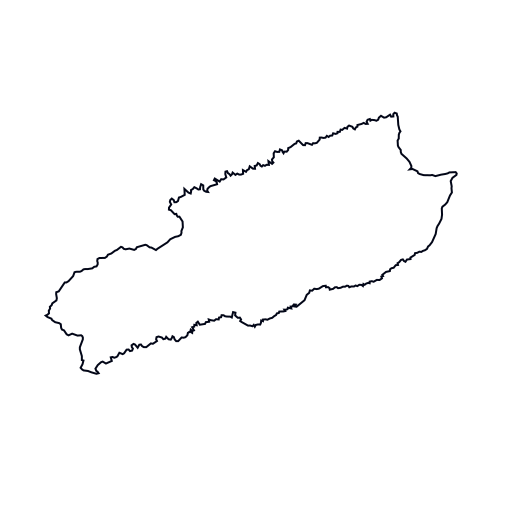 Tiros, Minas Gerais, Brazil (Robinson projection), rotated 229°
{"feature_id": "56859067B17885968557044", "entity_name": "Tiros", "entity_type": "district", "adm_level": 2, "iso_a3": "BRA", "parent_name": "Brazil", "parent_adm1": "Minas Gerais", "projection": "robinson", "projection_center": [-45.811, -18.837], "detail": "fine", "context": "isolated", "style": "outline", "palette": "ink", "viewbox_px": 512, "rotation_deg": 229, "n_neighbors": 0, "source": "geoboundaries", "source_scale": "gbopen_adm2", "svg_char_len": 6102}
<svg xmlns="http://www.w3.org/2000/svg" viewBox="0 0 512 512"><g transform="rotate(229 256 256)"><path d="M149.2,389.7L150.3,392.1L150.2,394.0L151.0,398.0L154.7,406.0L158.5,410.6L159.5,412.6L160.3,415.4L162.3,420.3L165.1,423.5L170.0,427.4L170.9,429.0L170.7,432.5L171.1,435.6L174.4,442.1L175.4,445.5L178.9,448.0L180.2,449.4L184.8,452.1L186.1,455.6L185.7,460.4L186.6,461.6L188.3,461.7L192.2,456.8L192.6,454.9L193.7,452.7L196.0,449.0L198.6,443.8L201.6,442.1L202.5,440.6L207.0,435.6L210.5,433.3L212.2,432.7L214.0,433.4L219.0,431.2L220.5,428.9L220.7,431.1L222.0,432.3L226.3,433.6L230.7,433.7L237.7,432.8L239.5,433.5L241.1,434.8L244.6,435.0L246.2,435.5L250.2,438.6L251.0,440.8L253.9,443.4L254.9,445.1L255.3,446.8L257.4,447.2L261.6,449.4L268.2,454.4L269.6,454.7L271.2,455.7L273.2,454.6L273.0,452.7L271.2,451.2L272.5,449.4L274.7,449.9L275.3,445.2L276.4,443.4L279.8,442.3L279.8,439.5L278.7,437.6L279.1,435.6L280.8,434.6L282.8,432.7L283.1,431.1L284.7,431.8L285.6,429.6L284.8,427.6L282.5,427.0L283.7,425.4L285.8,424.6L286.4,422.3L288.3,418.5L287.1,417.4L287.5,415.6L286.7,413.7L288.4,413.1L290.3,413.5L293.4,411.8L293.5,409.8L292.4,408.3L294.6,406.9L294.6,403.8L295.9,402.8L294.7,400.7L296.2,399.0L295.2,398.0L295.9,396.2L298.0,394.7L296.9,392.6L298.2,390.8L298.2,388.9L300.2,388.3L299.7,386.1L300.8,384.4L302.6,383.0L303.5,381.8L302.1,380.4L301.5,376.1L302.5,374.2L303.7,373.1L303.2,371.2L307.4,368.9L308.6,367.5L307.5,365.7L308.8,364.3L315.0,363.9L315.6,362.0L314.6,360.2L315.3,358.7L315.5,353.5L316.3,351.1L314.9,349.8L314.6,347.6L316.2,345.9L315.5,344.2L317.2,344.4L318.7,345.0L320.7,344.0L319.3,341.9L320.7,340.2L322.6,339.1L321.9,336.7L318.8,334.2L318.4,331.4L316.9,330.4L315.1,330.4L315.0,328.6L319.4,327.6L316.3,325.5L317.9,323.8L318.2,321.9L319.9,321.0L319.7,319.1L321.2,318.6L322.9,319.0L324.9,318.4L323.9,315.9L324.8,314.1L322.5,312.5L323.9,311.0L327.8,310.1L326.2,307.5L326.7,305.5L326.1,303.7L329.4,302.5L326.5,300.2L327.3,298.1L328.5,296.7L330.5,295.9L330.7,293.7L334.3,293.1L333.4,291.5L333.3,289.5L335.1,289.7L337.0,289.2L339.0,289.8L339.7,288.3L338.0,286.6L334.8,285.1L335.1,281.7L336.8,280.1L336.0,277.4L341.5,275.7L340.8,274.0L339.1,274.7L337.4,274.7L335.7,273.7L338.6,267.4L338.7,265.6L338.5,263.5L337.4,262.1L335.8,261.8L337.2,260.5L339.2,259.7L340.8,259.9L343.9,262.5L346.2,261.7L344.5,258.9L343.1,257.5L344.0,256.1L346.0,255.6L348.4,254.6L348.0,252.2L348.4,250.2L347.1,249.2L346.0,247.7L348.2,246.6L353.6,246.0L348.9,242.3L349.9,238.0L350.7,236.2L348.7,233.2L348.9,231.2L350.1,229.7L352.1,230.6L354.6,230.1L354.5,228.1L353.4,226.5L350.5,225.8L349.6,222.1L348.1,220.7L346.4,221.8L341.0,222.0L340.1,223.5L338.5,222.8L337.0,222.7L335.9,224.0L330.2,223.2L325.6,219.6L323.8,216.1L322.4,215.0L321.3,213.2L321.9,210.4L323.5,207.5L324.9,202.3L324.4,198.1L326.1,186.4L326.1,184.4L331.0,182.6L332.3,181.4L335.9,180.6L337.1,179.8L340.8,171.8L340.1,170.0L340.5,168.1L344.7,165.3L346.6,162.0L348.2,160.9L350.1,160.9L351.5,160.1L351.8,155.0L352.5,153.0L352.8,148.5L354.1,145.1L353.4,143.0L353.7,140.7L357.2,136.5L357.7,134.4L356.4,132.9L354.7,132.1L353.5,130.9L352.8,128.8L354.0,126.8L354.1,124.3L356.6,120.3L358.3,118.4L359.1,117.0L359.1,114.5L359.6,112.9L362.1,109.9L362.8,108.4L360.8,104.8L360.0,98.0L360.4,95.6L361.5,94.3L358.7,83.9L359.7,81.5L358.4,80.2L354.8,78.0L353.4,76.2L353.9,71.2L352.9,69.4L352.9,67.1L351.4,66.1L350.7,63.8L348.5,62.1L348.5,60.0L349.0,58.2L346.7,58.6L342.9,60.5L341.4,60.1L337.8,61.0L334.5,63.4L332.6,63.9L329.6,61.8L327.8,61.3L325.8,62.3L321.1,61.7L319.1,62.5L318.0,66.3L313.0,69.1L310.9,72.0L309.5,72.3L308.0,71.8L306.7,70.6L302.7,63.2L301.1,61.8L294.7,58.9L291.7,56.3L290.3,57.2L288.1,54.0L286.7,50.3L284.6,50.3L282.8,50.8L279.4,53.8L276.3,55.4L271.8,58.3L270.8,60.3L272.6,60.5L274.0,60.1L276.3,60.9L277.5,65.0L277.5,69.4L276.9,71.0L273.3,72.2L271.4,78.3L274.8,79.9L273.9,81.5L272.2,82.3L271.5,83.9L271.2,85.5L272.6,89.4L269.4,91.0L269.1,92.6L270.2,96.9L269.0,98.5L266.9,98.5L265.9,100.4L266.8,102.3L268.7,102.5L270.2,103.5L270.0,105.9L268.6,106.6L264.4,106.5L265.6,109.7L264.7,111.1L262.8,110.9L260.9,111.5L259.2,113.4L259.0,119.3L257.4,120.6L256.8,125.5L258.7,126.0L260.0,127.7L259.2,129.6L256.2,131.5L254.0,131.5L253.1,133.4L253.9,135.2L250.5,135.4L248.8,136.8L249.4,138.8L250.2,140.3L248.8,140.8L246.4,139.9L244.1,139.9L242.8,141.4L243.3,146.4L241.8,147.8L241.0,149.5L241.2,152.2L242.7,154.2L242.0,156.7L243.2,158.4L241.2,158.7L240.6,160.4L244.1,161.1L243.2,163.0L244.5,164.3L242.7,165.8L244.6,167.0L244.6,169.0L241.0,168.5L238.2,173.0L239.0,174.7L237.1,177.5L239.1,178.7L237.3,179.7L234.6,182.0L234.5,184.4L232.6,186.2L233.8,187.7L232.7,189.5L233.9,191.2L232.5,192.7L231.0,193.0L229.6,194.1L227.1,196.8L225.5,197.4L228.7,201.9L226.7,203.3L224.9,201.3L222.8,201.5L221.2,201.8L220.1,203.4L217.9,203.1L217.3,201.4L215.7,201.8L208.7,204.3L207.4,205.9L205.3,207.3L205.5,209.1L203.4,208.7L204.1,210.6L203.1,212.5L201.5,214.2L202.4,216.0L203.9,217.6L202.3,218.5L203.5,219.5L201.9,221.7L200.4,222.8L199.8,225.4L198.7,227.7L198.7,230.2L198.3,232.4L199.0,234.1L198.0,235.8L198.8,237.1L196.2,240.3L195.3,241.9L196.9,242.2L195.8,243.4L195.2,244.9L196.1,246.1L193.3,248.2L195.1,249.0L194.1,250.4L194.6,252.8L193.2,254.1L192.5,252.1L191.1,253.3L190.8,263.6L193.4,268.8L193.3,272.0L194.7,274.1L193.0,275.6L193.1,278.5L191.2,280.1L190.1,282.0L189.4,286.7L187.8,289.1L186.5,288.3L185.2,290.0L183.5,290.4L182.2,289.6L180.6,292.7L180.6,295.0L179.5,296.5L177.9,296.8L176.5,299.0L175.8,301.5L174.4,303.1L174.0,305.1L172.8,306.1L171.2,305.9L170.5,307.9L168.7,310.0L168.4,311.8L166.8,312.7L166.5,315.1L164.9,316.7L163.2,317.0L164.4,318.7L163.0,319.1L162.9,321.1L162.1,323.0L160.9,323.9L162.1,325.0L161.0,326.9L159.4,327.9L158.7,331.5L156.8,333.5L156.5,336.4L158.2,337.1L157.5,338.7L158.9,339.0L158.7,343.7L156.8,347.1L158.0,348.5L157.9,350.2L156.8,352.2L157.4,355.4L156.1,357.3L157.7,358.1L157.4,360.0L157.9,362.9L157.1,364.6L155.1,364.4L153.6,365.0L154.3,367.6L152.3,370.6L153.5,371.5L152.7,376.4L153.8,377.9L152.6,379.8L152.1,382.1L150.6,383.5L150.4,385.2L149.5,387.3L149.2,389.7ZM242.0,156.7L239.9,157.4L241.2,158.7L242.0,156.7Z" fill="none" stroke="#020617" stroke-width="2"/></g></svg>